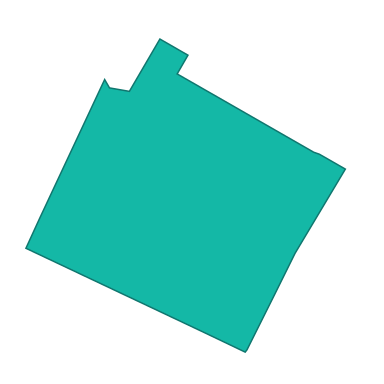 the district of Montgomery, Ohio, United States of America, rotated 296°
{"feature_id": "52423323B48095289602104", "entity_name": "Montgomery", "entity_type": "district", "adm_level": 2, "iso_a3": "USA", "parent_name": "United States of America", "parent_adm1": "Ohio", "projection": "orthographic", "projection_center": [-84.235, 39.75], "detail": "fine", "context": "isolated", "style": "filled", "palette": "teal", "viewbox_px": 384, "rotation_deg": 296, "n_neighbors": 0, "source": "geoboundaries", "source_scale": "gbopen_adm2", "svg_char_len": 400}
<svg xmlns="http://www.w3.org/2000/svg" viewBox="0 0 384 384"><g transform="rotate(296 192 192)"><path d="M313.9,117.9L315.4,96.1L255.0,91.6L249.4,72.2L254.8,64.2L102.4,66.6L68.6,67.4L69.4,132.6L71.0,261.1L71.4,310.0L74.2,310.6L136.5,311.2L182.1,311.5L279.8,319.8L281.8,289.8L281.1,283.9L289.4,160.0L291.6,126.9L313.2,128.4L313.9,117.9Z" fill="#14b8a6" stroke="#0f766e" stroke-width="1.5"/></g></svg>